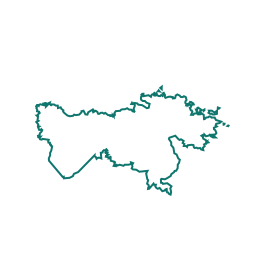 outline of Portobelo, Colón, Panama, rotated 48°
{"feature_id": "35544464B89301673090177", "entity_name": "Portobelo", "entity_type": "district", "adm_level": 2, "iso_a3": "PAN", "parent_name": "Panama", "parent_adm1": "Colón", "projection": "robinson", "projection_center": [-79.633, 9.507], "detail": "fine", "context": "isolated", "style": "outline", "palette": "teal", "viewbox_px": 256, "rotation_deg": 48, "n_neighbors": 0, "source": "geoboundaries", "source_scale": "gbopen_adm2", "svg_char_len": 5832}
<svg xmlns="http://www.w3.org/2000/svg" viewBox="0 0 256 256"><g transform="rotate(48 128 128)"><path d="M191.1,87.8L193.0,88.0L194.8,86.8L192.8,85.7L192.8,83.1L191.1,82.5L191.7,80.2L191.2,79.9L191.0,79.1L189.0,78.3L186.3,79.2L184.5,78.3L182.9,78.6L183.1,77.3L184.3,76.9L183.6,75.6L186.3,75.6L187.6,73.2L187.7,71.8L189.5,72.0L192.0,71.1L193.6,69.3L189.3,70.0L191.2,67.5L190.9,65.7L188.1,64.6L186.4,64.9L185.3,64.0L186.3,60.9L184.8,61.2L183.9,59.7L185.6,56.5L185.6,54.5L180.9,57.3L178.2,56.6L176.1,59.0L175.0,58.9L173.8,59.8L173.7,61.2L172.5,62.9L172.7,65.0L172.3,65.6L168.9,62.9L166.6,63.5L166.5,64.7L164.7,66.9L163.3,66.9L162.0,68.5L161.5,69.5L161.9,70.7L160.4,72.3L159.0,69.3L157.7,68.9L156.9,69.5L153.6,68.3L154.9,68.4L153.8,65.7L151.3,66.8L150.8,66.4L151.2,67.6L152.5,67.5L150.9,68.2L151.0,69.1L150.1,68.8L149.9,69.3L149.5,68.7L147.7,68.6L146.7,67.6L146.3,65.7L143.7,64.4L141.8,65.2L141.6,66.7L140.3,68.0L138.5,67.9L136.1,68.9L135.8,70.8L137.1,72.6L136.8,74.1L133.9,75.1L132.2,76.5L130.6,80.0L129.2,79.7L128.4,78.5L125.8,77.9L125.6,78.9L126.6,79.0L127.3,80.9L125.7,81.2L125.8,82.8L124.7,83.9L122.8,84.4L121.5,83.6L122.4,85.8L121.4,86.8L119.6,86.8L119.1,88.1L120.2,90.1L117.4,90.8L114.7,95.2L112.9,93.6L112.1,94.6L112.3,95.9L113.5,96.0L113.7,97.7L115.6,99.3L117.8,99.0L119.2,97.4L121.6,97.3L124.5,95.8L126.8,99.1L125.9,100.7L120.5,102.2L117.6,104.7L115.9,104.7L113.8,106.4L116.1,108.1L117.7,111.3L118.8,111.5L119.3,112.4L119.9,112.1L120.8,112.0L118.7,113.4L116.6,113.3L115.0,114.9L112.8,115.4L111.9,117.9L110.4,119.6L109.8,120.8L110.0,122.3L107.3,125.8L107.7,127.8L109.6,129.1L109.9,131.0L109.3,131.7L108.2,131.4L107.9,132.3L107.2,133.1L106.9,133.2L107.1,134.0L106.7,132.5L105.1,134.2L101.5,134.8L101.3,136.3L99.5,136.8L98.5,138.1L98.2,140.0L97.4,140.7L95.5,140.0L93.6,140.5L93.0,143.3L92.2,142.9L92.0,141.7L90.7,141.6L89.7,147.1L90.9,149.2L89.4,150.5L85.4,149.5L84.4,151.3L85.2,152.0L85.4,155.3L83.6,158.1L82.0,159.1L82.2,160.6L80.4,163.3L78.1,164.7L73.9,165.3L72.3,165.2L71.7,164.2L69.1,164.7L67.6,164.2L66.3,166.7L64.4,165.2L63.0,166.7L61.1,167.2L59.3,169.0L60.1,170.4L59.0,169.6L57.6,170.5L56.8,169.1L56.4,170.4L57.1,172.1L57.2,174.5L55.1,172.1L54.1,172.7L53.6,173.7L54.3,174.3L53.7,174.7L55.0,175.1L51.7,177.3L51.3,178.7L51.8,179.5L50.6,179.6L50.0,180.4L50.5,181.8L51.5,181.7L51.9,182.8L53.7,183.2L54.7,184.4L56.4,183.2L57.0,183.9L57.7,183.7L57.7,186.3L58.6,186.7L57.9,187.5L59.5,187.4L61.6,190.0L62.8,189.7L62.2,192.1L65.3,192.3L66.3,193.6L67.5,192.9L67.3,194.3L69.9,195.3L71.2,194.0L70.9,193.2L72.2,193.1L72.9,194.9L72.9,196.8L74.2,199.1L73.6,200.1L74.2,200.5L74.6,199.4L75.0,200.2L76.0,198.7L76.4,200.6L77.5,200.9L78.9,199.9L78.9,198.8L83.7,194.8L84.6,196.4L85.7,196.9L86.7,195.9L88.1,197.0L88.8,196.4L89.7,197.1L90.8,196.6L93.5,200.2L94.4,202.6L96.1,204.0L97.7,207.3L99.5,208.6L120.7,209.3L121.2,208.3L122.5,209.3L125.9,204.8L126.9,201.3L125.9,198.8L127.4,194.6L125.9,171.1L126.6,171.8L127.9,171.3L129.9,172.0L129.9,170.6L130.8,169.2L132.8,168.2L128.2,164.8L129.2,163.3L128.4,162.3L128.3,160.8L129.5,159.7L129.3,158.3L130.8,158.3L130.8,159.6L130.2,160.1L131.1,161.3L131.7,161.3L132.7,159.8L133.3,161.0L134.7,160.5L134.0,163.0L134.5,163.7L137.3,161.6L138.0,159.5L138.0,162.4L139.0,161.4L140.9,162.7L144.2,160.5L144.9,160.7L144.9,161.6L145.7,161.9L146.6,164.0L148.3,162.5L147.3,161.5L147.7,161.0L148.9,160.9L149.7,158.8L153.1,156.6L153.1,155.0L155.5,152.4L156.9,149.7L155.5,148.8L157.5,147.7L158.2,149.7L159.7,150.6L160.5,152.3L162.0,152.1L164.5,149.8L168.1,148.8L172.9,142.2L174.0,145.0L179.0,147.9L180.3,148.0L182.2,151.1L184.2,150.9L185.6,151.6L185.7,152.7L186.7,153.9L187.3,152.9L186.4,146.2L187.7,146.6L188.8,145.3L189.7,146.8L191.8,147.0L193.1,146.5L193.7,144.6L197.9,144.8L199.0,142.7L198.7,141.4L199.2,140.1L200.1,140.7L200.0,141.3L202.1,142.0L202.9,141.3L204.6,141.6L206.0,141.0L204.5,138.8L201.1,136.9L200.4,134.7L195.3,135.8L192.9,139.4L191.9,139.2L190.8,140.1L188.2,137.9L188.2,137.1L190.8,134.9L191.4,132.8L192.2,128.3L191.3,126.7L191.6,123.3L191.1,122.1L192.0,120.8L191.1,118.0L188.5,115.5L188.0,113.3L186.2,110.7L184.2,111.0L180.2,109.6L177.8,110.5L173.1,107.5L169.7,107.4L167.6,105.5L163.6,105.0L162.9,103.8L165.4,98.0L170.1,98.0L171.5,97.6L171.8,96.2L174.8,95.3L175.7,97.4L177.6,96.8L178.7,98.6L180.4,96.8L181.6,96.8L180.8,95.1L183.2,91.8L184.5,90.8L186.3,91.9L187.4,91.9L188.6,90.1L189.8,89.8L191.1,87.8ZM177.0,52.5L174.7,50.3L174.4,53.4L171.2,54.1L169.2,56.3L170.4,56.8L170.6,58.0L172.5,57.5L173.2,56.3L174.5,56.1L175.6,55.0L177.0,52.5ZM164.0,61.2L159.7,62.3L159.5,63.2L160.7,64.4L159.8,65.2L162.0,66.0L164.0,65.0L165.0,63.4L163.6,63.0L164.0,61.2ZM192.4,77.9L189.4,78.2L191.9,78.5L191.5,78.9L191.8,79.3L192.4,77.9ZM121.9,85.7L120.4,84.6L119.7,84.9L120.0,85.9L121.4,86.4L121.9,85.7ZM121.7,77.0L119.9,75.3L119.8,77.2L121.7,77.0ZM173.7,48.4L174.4,47.8L174.4,46.7L172.9,47.5L173.7,48.4ZM109.4,129.0L108.1,128.2L108.5,129.6L109.6,130.1L109.4,129.0ZM154.5,63.4L153.6,63.1L153.1,64.0L153.9,64.3L154.5,63.4ZM189.4,53.4L188.6,54.0L189.5,54.7L189.8,54.0L189.4,53.4ZM121.9,80.1L120.5,80.0L120.8,80.9L121.9,80.1ZM113.1,108.8L112.0,108.4L112.4,109.5L113.1,108.8ZM165.4,58.8L165.2,59.8L165.9,60.3L165.9,59.2L165.4,58.8ZM109.4,130.7L108.4,130.0L108.4,130.6L109.4,130.7ZM150.2,67.4L149.3,67.2L150.0,67.8L150.2,67.4ZM193.1,52.7L193.7,52.3L193.5,51.7L193.1,51.9L193.1,52.7ZM109.1,131.4L109.7,130.3L109.3,131.0L108.5,130.9L109.1,131.4ZM191.3,78.9L191.3,79.8L191.8,79.9L191.7,79.6L191.3,78.9ZM107.4,132.2L108.2,131.3L108.1,131.2L107.4,132.2ZM119.6,85.8L119.6,86.4L120.2,86.5L120.2,86.3L119.6,85.8ZM113.5,107.8L113.0,107.8L112.8,108.2L113.3,108.3L113.5,107.8ZM151.3,63.6L150.9,63.7L150.6,64.0L151.0,64.3L151.3,63.6ZM134.8,74.2L134.4,74.5L135.1,74.6L134.8,74.2ZM135.8,74.0L135.4,74.0L135.2,74.1L135.4,74.3L135.8,74.0ZM107.2,133.1L107.5,132.5L106.9,132.9L107.2,133.1Z" fill="none" stroke="#0f766e" stroke-width="2"/></g></svg>